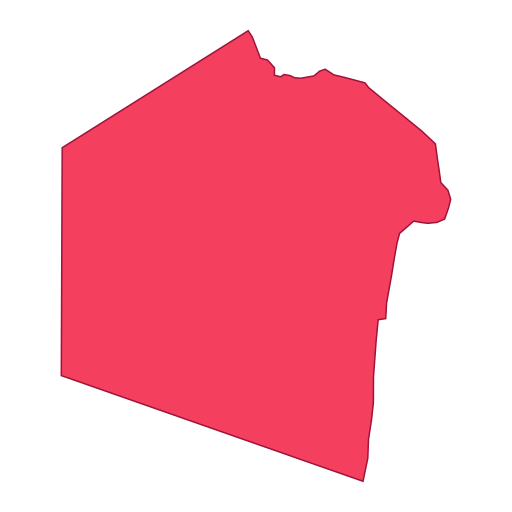 Ngerang, Palau
{"feature_id": "81905179B33808746946065", "entity_name": "Ngerang", "entity_type": "district", "adm_level": 2, "iso_a3": "PLW", "parent_name": "Palau", "parent_adm1": "", "projection": "albers", "projection_center": [134.637, 7.497], "detail": "fine", "context": "isolated", "style": "filled", "palette": "rose", "viewbox_px": 512, "rotation_deg": 0, "n_neighbors": 0, "source": "geoboundaries", "source_scale": "gbopen_adm2", "svg_char_len": 699}
<svg xmlns="http://www.w3.org/2000/svg" viewBox="0 0 512 512"><path d="M363.0,481.3L367.8,458.2L368.5,439.3L371.5,419.9L373.4,402.7L373.5,376.8L376.1,341.2L378.2,319.7L385.7,318.6L386.6,303.0L391.6,275.1L394.5,257.2L397.1,242.7L399.6,233.4L413.7,221.1L421.9,222.6L428.0,223.3L436.9,222.4L444.7,219.0L448.7,207.3L450.7,199.3L447.9,190.2L440.8,182.6L439.4,172.1L437.3,157.9L435.4,143.9L421.6,130.9L382.9,99.4L368.6,87.6L365.0,82.9L345.7,77.7L333.7,74.8L325.2,69.2L319.5,71.2L314.0,75.9L300.9,78.2L294.7,77.8L290.2,75.6L284.0,74.5L280.6,76.8L274.4,75.2L274.5,67.8L267.5,60.0L260.4,58.2L252.4,37.2L248.2,30.7L62.2,147.7L61.3,375.6L363.0,481.3Z" fill="#f43f5e" stroke="#9f1239" stroke-width="1.5"/></svg>